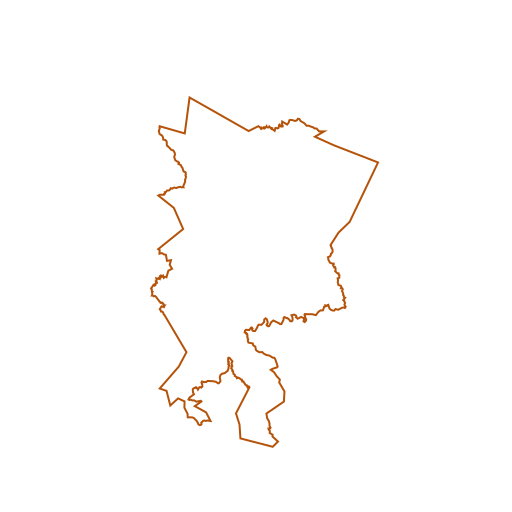 Batopilas, Chihuahua, Mexico, rotated 327°
{"feature_id": "50627088B93587914067010", "entity_name": "Batopilas", "entity_type": "district", "adm_level": 2, "iso_a3": "MEX", "parent_name": "Mexico", "parent_adm1": "Chihuahua", "projection": "mercator", "projection_center": [-107.773, 26.928], "detail": "fine", "context": "isolated", "style": "outline", "palette": "amber", "viewbox_px": 512, "rotation_deg": 327, "n_neighbors": 0, "source": "geoboundaries", "source_scale": "gbopen_adm2", "svg_char_len": 6149}
<svg xmlns="http://www.w3.org/2000/svg" viewBox="0 0 512 512"><g transform="rotate(327 256 256)"><path d="M103.1,314.7L107.5,320.4L102.7,334.7L113.1,333.0L116.9,339.0L113.3,344.3L112.7,350.9L110.9,354.1L114.6,356.6L115.5,357.7L116.4,361.6L116.4,364.2L116.0,365.3L116.4,366.6L116.7,367.2L118.0,367.6L118.8,367.3L119.4,365.9L122.1,365.5L123.3,366.0L124.2,367.1L125.7,367.5L128.0,369.6L129.0,360.0L122.9,348.6L131.0,348.3L130.9,347.4L126.7,345.7L125.5,343.4L124.1,342.6L122.9,340.9L121.8,340.5L121.2,339.6L123.2,338.5L128.6,338.2L128.9,336.0L130.2,333.6L130.9,333.1L132.5,333.1L133.8,333.9L133.8,333.3L134.2,333.3L134.6,334.8L134.5,336.4L137.0,335.2L138.3,335.9L138.4,336.5L139.9,336.3L141.0,334.3L141.3,332.5L142.2,331.8L143.0,332.4L143.7,333.6L145.0,334.0L145.6,334.6L147.3,334.4L152.0,337.8L153.8,339.6L154.9,342.2L155.7,342.5L158.0,341.6L159.6,337.9L161.3,336.5L163.7,336.2L164.6,336.8L166.7,337.2L169.8,336.8L171.9,335.1L172.7,333.9L173.9,333.4L173.7,332.2L174.0,332.1L173.9,331.6L174.5,331.5L174.9,329.9L175.6,330.0L175.6,328.6L176.9,326.6L177.5,326.3L178.3,327.0L178.9,331.5L177.0,332.7L176.1,335.4L175.3,335.3L174.8,336.4L174.1,336.6L174.2,339.0L173.5,339.4L173.9,340.3L172.9,342.6L173.5,344.0L172.9,345.1L173.9,347.1L173.5,348.1L174.9,348.4L175.6,349.5L176.1,351.4L176.8,352.0L176.1,353.8L177.2,354.4L176.9,355.6L177.2,357.0L176.9,357.7L177.2,359.1L177.9,359.5L177.5,360.9L178.5,361.1L178.9,361.6L177.8,362.3L178.5,362.8L153.5,377.1L150.4,388.3L143.6,400.5L166.1,425.1L173.4,423.6L171.5,416.4L172.6,415.0L171.1,411.9L172.4,410.1L172.1,408.4L172.5,407.4L174.1,408.3L174.7,407.9L174.8,405.9L176.1,403.8L176.9,401.4L177.0,398.2L178.9,393.8L200.1,393.3L206.1,385.1L206.6,374.7L208.7,372.6L207.9,368.0L207.8,363.1L206.4,359.5L208.4,359.6L213.1,360.9L213.8,360.6L214.4,359.2L216.0,352.7L215.9,351.3L214.6,350.3L213.1,346.9L210.9,344.8L209.8,343.0L209.2,341.7L209.0,340.1L206.4,338.5L205.0,335.9L204.8,334.7L206.1,331.5L205.3,330.2L205.1,329.1L205.7,327.7L202.5,324.5L203.0,322.5L204.1,321.7L204.0,320.8L204.4,320.4L204.6,319.0L205.2,318.6L206.0,316.9L205.5,316.5L206.0,315.9L205.6,315.4L205.8,315.0L204.9,313.9L206.1,312.7L207.4,312.4L209.9,314.4L212.8,313.4L213.5,313.6L213.6,314.9L212.8,315.2L212.4,316.4L213.0,317.6L214.4,318.4L217.9,316.7L219.8,315.3L221.1,315.2L222.9,316.6L223.5,316.6L226.8,315.8L228.4,313.7L230.1,313.5L230.6,314.7L230.0,317.4L229.1,318.7L227.5,319.3L227.3,319.9L227.9,321.6L228.9,321.9L232.7,319.8L235.4,319.5L238.9,325.4L239.1,326.3L240.2,326.9L244.3,324.5L245.6,322.8L246.5,322.6L248.0,325.0L248.6,325.2L249.3,327.9L249.2,329.3L250.5,330.3L251.8,329.7L253.2,327.3L253.5,325.0L256.2,326.0L257.1,327.7L256.9,328.9L256.2,329.2L256.8,331.3L260.6,331.7L262.2,334.0L262.3,334.7L260.3,336.7L260.8,337.9L262.5,337.5L263.6,336.5L263.7,334.4L264.6,332.9L264.5,331.9L265.2,331.3L271.5,335.5L274.0,338.2L277.7,336.9L279.7,336.7L280.6,336.8L282.3,338.0L282.9,337.9L285.5,335.6L286.8,336.1L287.3,335.2L288.2,336.4L289.1,336.1L290.0,336.3L289.2,339.2L289.1,340.7L289.8,342.5L291.1,343.9L292.0,344.4L293.7,343.8L295.8,345.9L300.2,346.3L301.6,347.0L302.1,347.9L302.9,347.9L303.6,347.3L303.5,345.9L303.9,344.7L305.2,343.9L305.3,341.9L305.7,341.5L305.2,340.4L308.0,339.6L307.3,338.3L308.0,337.2L307.8,336.2L308.7,335.0L309.1,332.2L310.3,331.5L310.8,330.6L310.8,330.1L309.7,329.3L310.7,328.5L310.9,327.0L309.9,326.1L309.3,324.9L310.0,323.9L310.1,322.8L311.8,320.7L312.3,319.2L314.0,319.6L315.5,317.5L315.2,317.0L315.8,315.5L314.9,315.0L314.1,311.8L315.2,311.1L316.1,309.4L316.2,308.3L315.4,308.2L315.6,305.8L316.7,305.3L317.0,304.7L316.0,304.1L314.4,301.9L314.7,298.3L315.4,297.3L315.7,296.2L317.9,296.6L319.3,295.9L320.0,294.9L321.4,294.8L322.7,294.0L323.8,292.0L323.7,290.6L324.1,290.1L324.0,288.8L324.7,287.8L324.6,287.4L338.0,281.3L353.1,278.4L409.3,244.0L381.5,205.4L370.4,188.1L381.0,188.6L376.8,185.9L376.3,182.2L374.4,180.7L374.2,179.5L370.8,175.1L369.4,174.4L368.9,171.1L366.9,167.1L367.0,164.8L365.9,163.7L364.1,164.5L362.3,164.0L360.4,161.7L359.0,160.6L358.0,160.3L355.9,162.0L353.7,162.7L351.2,157.5L350.3,158.5L349.3,160.4L349.3,161.5L348.8,161.9L347.3,160.8L347.4,158.6L346.9,158.6L344.6,160.9L343.7,160.8L342.5,159.4L341.7,159.3L340.9,160.4L339.8,161.2L339.2,159.4L338.0,157.6L338.1,157.2L338.8,157.2L338.0,156.1L337.7,154.8L337.2,155.3L335.8,154.6L335.3,153.6L335.5,152.9L333.5,153.6L333.0,152.3L332.7,152.2L332.1,153.3L331.1,152.3L329.5,152.3L329.5,151.2L330.0,150.8L329.4,150.4L328.7,148.4L317.9,147.2L286.6,86.9L263.0,114.4L245.9,94.7L245.1,95.5L244.8,96.5L242.6,98.2L241.6,101.2L242.1,102.5L242.6,102.9L242.8,104.6L242.5,106.2L241.6,107.8L243.1,109.3L243.5,110.6L243.1,112.0L241.7,114.2L241.5,115.8L242.0,116.2L242.8,120.9L244.1,122.3L244.1,124.1L244.0,125.3L243.3,126.8L241.3,128.4L240.5,131.6L241.2,133.6L242.1,134.7L242.3,135.9L241.1,136.5L242.5,139.0L242.1,141.1L242.3,142.0L241.3,145.7L242.4,147.0L242.4,148.0L241.7,148.7L241.6,149.5L240.6,150.2L240.6,151.1L239.4,152.5L237.8,153.6L237.2,155.0L232.5,158.2L232.5,158.8L230.9,157.8L230.3,156.8L228.4,156.0L226.2,155.6L224.6,154.0L222.2,153.8L221.6,152.8L219.2,153.7L218.0,153.3L217.1,152.6L215.4,153.2L214.3,152.8L213.7,154.1L212.9,153.8L212.0,154.5L209.0,152.4L207.0,152.1L213.3,170.9L209.6,193.7L177.7,197.0L178.4,198.6L176.3,201.5L178.3,202.1L179.1,203.0L179.5,204.3L181.1,205.9L178.7,211.6L182.4,213.2L178.8,216.4L178.7,221.0L174.5,220.6L169.5,224.9L169.4,224.5L168.2,223.9L166.8,224.1L167.3,222.0L166.3,222.4L165.7,222.2L165.9,220.9L165.7,220.5L164.5,220.6L164.6,221.1L164.2,221.2L163.5,222.5L162.7,221.8L162.5,222.3L162.3,221.9L161.9,222.1L160.2,220.4L159.7,221.9L158.9,222.6L158.3,224.6L157.3,224.4L157.3,224.0L156.9,224.6L156.0,224.6L156.2,225.2L155.7,225.7L154.6,225.6L154.2,224.4L150.6,226.0L150.0,225.4L150.5,227.1L149.5,228.7L149.8,229.6L149.1,229.7L148.0,232.0L147.3,232.4L147.7,232.6L148.2,234.1L149.5,234.5L149.9,235.6L150.3,242.0L150.8,242.8L150.5,243.4L152.1,244.2L152.1,245.0L151.8,245.2L152.3,246.3L151.9,247.2L152.3,247.5L151.6,247.6L151.8,248.2L150.9,248.7L149.4,246.8L146.3,248.2L146.5,249.1L146.1,250.9L147.2,251.7L147.3,253.2L146.8,254.6L147.1,255.5L145.3,298.8L131.0,306.7L103.1,314.7Z" fill="none" stroke="#b45309" stroke-width="2"/></g></svg>